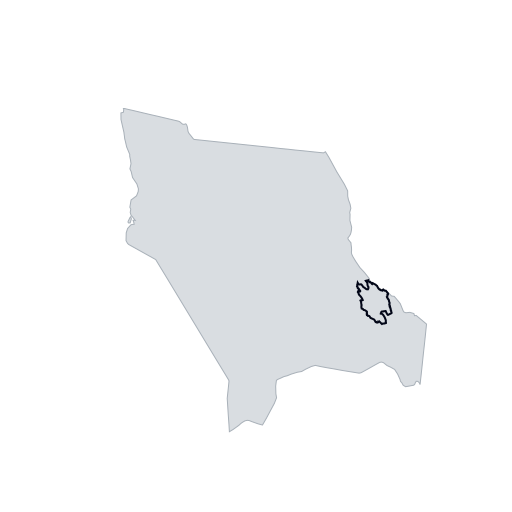 Loima, Rift Valley, Kenya (highlighted), rotated 149°
{"feature_id": "3690345B72596484741491", "entity_name": "Loima", "entity_type": "district", "adm_level": 2, "iso_a3": "KEN", "parent_name": "Kenya", "parent_adm1": "Rift Valley", "projection": "equal_earth", "projection_center": [35.181, 3.01], "detail": "fine", "context": "in_parent", "style": "outline", "palette": "ink", "viewbox_px": 512, "rotation_deg": 149, "n_neighbors": 0, "source": "geoboundaries", "source_scale": "gbopen_adm2", "svg_char_len": 7815}
<svg xmlns="http://www.w3.org/2000/svg" viewBox="0 0 512 512"><g transform="rotate(149 256 256)"><path d="M142.8,309.6L142.7,303.1L143.4,286.5L143.3,271.9L143.9,264.6L146.6,260.0L147.8,256.6L148.7,251.9L150.1,248.1L153.3,245.0L153.9,243.3L157.2,238.1L159.2,231.4L160.8,229.1L162.7,227.0L164.0,225.9L166.2,224.8L167.9,224.2L168.2,223.6L168.4,222.6L167.8,218.4L168.5,217.1L169.7,214.3L171.1,211.7L172.3,210.1L173.0,208.4L173.3,205.5L173.3,203.4L173.3,200.0L172.9,192.4L171.5,185.9L170.6,178.8L171.3,176.4L170.2,172.2L169.6,172.0L168.7,171.0L167.5,167.1L166.6,163.4L166.1,162.5L162.3,159.4L160.4,151.9L158.3,150.2L157.1,142.8L156.9,140.7L158.1,133.3L158.0,131.6L156.7,130.1L153.2,128.5L150.3,125.4L150.6,124.3L150.9,123.2L149.3,122.5L144.9,109.8L150.6,102.2L156.4,94.5L163.8,84.8L170.5,75.9L176.4,68.1L181.6,61.3L181.4,62.6L181.5,64.3L182.1,65.4L183.2,66.1L184.7,65.3L186.0,64.3L187.3,64.0L195.1,66.9L196.4,69.4L196.3,72.1L196.7,74.1L196.1,76.0L195.4,81.9L195.6,87.4L197.9,91.4L200.1,94.6L201.7,99.0L203.0,100.4L204.7,101.1L210.0,101.3L218.0,101.5L225.7,101.8L226.4,101.9L228.0,102.5L235.1,108.5L241.6,114.0L247.0,118.8L252.4,123.4L257.5,127.9L261.5,131.7L265.5,132.8L271.9,133.4L276.4,133.5L280.5,135.1L286.6,136.6L291.1,137.3L293.9,138.2L301.5,139.1L302.8,138.6L306.1,134.4L309.9,127.7L311.4,123.9L316.2,120.2L324.8,115.1L330.8,111.5L337.5,107.8L340.6,111.0L344.8,116.1L346.7,118.6L348.2,119.7L350.5,120.4L353.3,120.4L354.8,120.3L357.9,119.7L365.1,119.1L369.3,119.1L365.8,125.8L361.7,133.9L354.0,148.8L348.1,156.6L343.7,162.5L343.3,163.6L343.3,170.2L343.4,186.3L343.5,218.5L343.6,250.8L343.7,283.0L343.8,299.2L343.8,304.6L347.7,311.4L351.5,318.0L356.5,326.7L359.2,331.4L359.6,333.0L359.5,336.1L355.3,342.7L351.9,345.7L347.4,347.1L346.0,346.9L344.2,345.9L343.5,347.5L343.0,349.9L342.0,349.4L341.2,348.7L341.7,353.1L342.1,355.2L341.4,358.1L339.2,360.7L339.0,362.8L334.2,368.4L327.4,369.1L323.8,371.9L322.2,374.1L321.0,379.1L321.4,386.8L319.5,392.7L319.2,395.6L315.6,399.5L314.1,403.0L312.9,406.5L311.9,408.1L310.7,416.1L309.1,421.0L308.6,422.6L308.2,424.0L306.9,426.9L306.1,428.8L305.5,430.1L301.4,442.6L298.1,448.2L295.6,447.5L293.9,449.7L293.7,450.7L292.8,450.2L290.7,448.1L286.3,443.9L282.0,439.7L277.6,435.4L273.3,431.2L268.9,427.0L264.6,422.8L260.2,418.5L255.9,414.3L253.3,411.8L252.2,410.4L251.3,407.5L250.9,406.7L249.7,405.8L248.4,405.6L248.0,405.1L248.0,403.7L248.5,401.6L250.1,397.8L250.3,395.5L249.9,392.9L249.4,388.7L249.0,387.8L246.1,385.6L240.1,381.1L234.0,376.5L228.0,372.0L221.9,367.4L215.9,362.9L209.8,358.3L203.8,353.8L197.7,349.2L191.7,344.7L185.6,340.1L179.6,335.5L173.5,331.0L167.5,326.4L161.4,321.9L155.3,317.3L149.3,312.8L147.0,311.1L145.0,309.6L142.8,309.6ZM344.2,353.9L343.1,354.2L343.7,352.0L346.8,349.2L348.1,349.8L348.3,350.5L348.2,351.1L347.7,351.6L344.2,353.9Z" fill="#d9dde1" stroke="#a8b0b8" stroke-width="1"/><path d="M182.6,180.7L183.2,180.0L183.3,179.7L183.5,179.6L183.6,179.4L183.9,179.4L184.1,178.9L184.3,178.7L184.5,178.4L184.9,178.2L185.1,178.0L185.1,177.9L185.0,177.7L184.9,177.2L185.0,177.1L185.1,176.5L185.1,176.4L185.3,176.3L185.3,176.2L185.3,175.9L185.2,175.8L185.0,175.7L184.9,175.6L184.9,175.4L185.0,175.1L184.9,175.0L184.8,174.9L184.9,174.7L184.9,174.4L185.1,174.3L185.1,174.2L185.0,173.5L184.9,173.4L184.8,173.2L184.8,172.9L184.8,172.7L184.6,172.6L184.7,172.2L184.9,172.1L185.1,172.0L185.5,172.2L185.6,172.3L185.8,172.4L186.1,172.4L186.2,172.5L186.3,172.8L186.4,173.2L186.4,173.3L186.5,173.3L186.7,173.2L187.2,172.8L187.3,172.7L187.3,172.4L187.2,172.1L187.3,171.5L187.3,171.3L187.3,171.2L187.4,170.7L187.6,170.3L187.6,170.1L187.5,169.7L187.6,169.3L187.4,168.7L187.2,168.0L187.1,167.2L187.0,166.1L187.0,165.2L187.0,164.7L187.2,163.2L187.5,163.2L188.1,163.4L188.5,163.7L188.9,164.0L189.1,164.1L189.3,164.1L189.3,163.9L189.3,163.5L189.4,163.3L189.5,163.2L189.5,162.9L189.6,162.7L189.8,162.2L190.0,161.4L190.3,161.1L190.5,160.6L190.6,160.2L190.6,159.9L190.7,159.7L190.8,159.5L190.9,159.3L191.4,159.0L191.6,158.7L191.7,158.2L191.8,158.0L192.1,157.7L192.2,157.4L192.3,157.3L192.3,156.9L192.5,156.5L191.8,155.7L191.6,155.3L191.6,155.2L191.6,154.6L191.5,154.3L191.4,154.2L191.0,153.9L190.7,153.6L190.5,153.3L190.1,152.5L189.6,151.3L189.6,151.1L189.7,150.8L189.9,150.7L190.2,150.4L190.3,150.3L190.3,150.1L190.4,149.7L190.5,149.5L190.8,149.5L191.1,149.1L191.2,148.8L190.9,148.8L190.8,148.7L190.8,148.4L191.0,148.1L191.0,147.9L191.1,147.6L191.0,147.1L190.0,146.4L189.9,146.3L189.8,146.0L189.7,145.5L189.8,144.5L189.8,144.3L189.7,144.0L189.6,143.7L189.4,143.6L189.3,143.4L189.2,143.2L189.0,142.8L188.9,142.7L188.5,142.3L188.0,141.4L187.8,141.2L187.7,141.1L187.6,140.9L187.5,140.7L187.4,140.3L187.4,139.4L187.5,138.5L187.5,137.9L187.4,137.6L187.1,137.3L186.8,137.3L186.8,137.2L186.8,136.9L186.7,136.8L186.6,136.6L186.4,136.5L186.1,136.6L185.9,136.5L185.6,136.5L185.6,136.4L185.4,136.4L185.3,136.5L185.2,136.6L185.1,136.3L184.7,136.4L184.2,136.5L184.2,136.3L184.0,136.2L183.9,135.8L183.7,135.4L183.5,134.3L183.4,133.9L183.2,133.6L183.2,133.1L183.1,132.8L182.9,132.8L182.7,132.8L182.1,132.8L181.9,132.7L181.7,132.6L181.3,132.3L181.1,132.1L180.2,132.0L180.0,131.8L179.1,131.6L178.9,131.9L178.8,132.3L178.7,132.7L178.5,132.9L178.4,133.2L178.2,133.4L178.1,133.6L177.9,133.9L177.8,134.2L177.7,134.7L177.6,135.3L177.5,135.8L177.5,136.0L177.4,136.4L177.4,136.6L177.3,136.9L177.3,137.5L177.3,138.2L177.3,139.2L177.3,139.5L177.4,140.3L177.6,140.7L177.6,141.1L177.7,141.3L178.0,141.8L178.2,142.0L178.3,142.2L178.4,142.3L178.7,142.4L178.6,142.6L178.4,142.7L178.3,142.8L178.1,142.9L177.9,142.9L177.7,143.1L177.4,143.3L177.3,143.5L177.0,143.5L176.8,143.6L175.3,142.9L175.2,142.9L175.0,142.7L174.7,142.7L174.3,142.5L173.9,142.4L173.2,142.1L173.2,141.9L173.4,140.6L173.5,139.1L173.4,137.7L173.2,137.5L169.3,137.2L169.2,137.3L169.1,137.5L168.9,137.7L168.9,138.0L168.7,138.5L168.7,138.9L168.7,139.0L168.4,139.3L168.4,139.5L168.5,139.7L168.5,139.9L168.5,140.0L168.2,140.2L168.1,140.6L168.0,140.9L167.8,141.3L167.9,141.6L167.7,141.9L167.7,142.2L167.5,142.4L167.5,142.5L167.6,143.0L167.6,143.4L167.5,143.5L167.3,143.5L167.2,143.7L167.3,143.9L167.3,144.0L167.0,144.0L166.9,144.4L166.8,144.8L166.9,145.1L166.9,145.3L166.9,145.5L166.8,145.8L166.7,145.9L166.6,146.0L166.4,146.0L166.1,146.5L165.9,146.6L165.7,146.8L165.5,147.4L165.5,147.6L165.5,147.8L165.5,148.0L165.4,148.4L165.3,148.6L165.2,148.7L165.2,149.0L164.8,149.7L164.8,149.8L164.8,150.1L164.9,150.4L164.8,150.6L164.9,151.1L165.0,151.3L164.9,151.5L165.0,151.7L164.9,152.0L165.0,152.2L165.0,152.3L164.9,152.6L165.0,153.1L164.9,153.5L164.5,153.5L164.3,153.8L164.1,153.9L164.0,154.1L163.8,154.3L163.6,154.6L163.6,154.8L163.3,155.2L163.2,155.2L162.9,155.2L162.7,155.1L162.3,155.5L162.2,155.6L162.1,155.9L162.1,156.2L162.3,156.4L162.3,156.5L162.3,157.3L162.6,159.4L163.7,160.1L164.1,161.7L164.3,161.7L164.6,161.8L165.0,161.8L165.5,161.3L165.8,161.7L166.4,162.0L166.5,162.1L166.9,163.2L167.1,163.1L167.3,163.4L167.6,164.2L167.8,165.4L167.8,166.1L167.8,166.4L167.6,168.1L168.0,168.7L168.2,169.8L169.1,171.1L169.4,171.7L169.8,172.5L170.2,173.0L170.5,172.9L170.5,172.3L170.9,172.1L171.0,172.3L171.2,173.8L171.5,175.0L172.0,175.0L172.2,175.7L172.5,176.6L172.7,176.8L172.6,177.0L172.4,177.3L172.6,177.3L173.0,177.7L174.7,178.2L174.7,177.9L174.5,177.3L174.5,177.2L174.5,176.7L174.5,176.4L174.5,176.2L174.4,175.7L174.5,175.3L174.7,175.0L175.1,174.3L175.3,173.8L175.4,173.6L175.5,173.2L175.6,172.8L175.6,172.6L175.6,172.3L175.7,171.8L175.6,171.5L175.8,171.3L175.8,171.1L176.0,170.9L176.2,170.7L176.3,170.4L176.6,170.2L177.0,170.0L177.2,169.8L177.4,169.9L177.6,170.0L178.4,170.6L178.7,171.2L179.0,171.9L179.2,172.6L179.3,172.9L179.4,173.1L180.0,174.0L180.1,175.8L180.2,176.4L180.2,176.8L180.3,177.2L180.5,177.6L180.8,177.7L181.0,177.9L181.4,178.0L181.5,178.0L182.0,178.3L182.3,178.5L182.6,179.5L182.6,180.7Z" fill="none" stroke="#020617" stroke-width="2"/></g></svg>